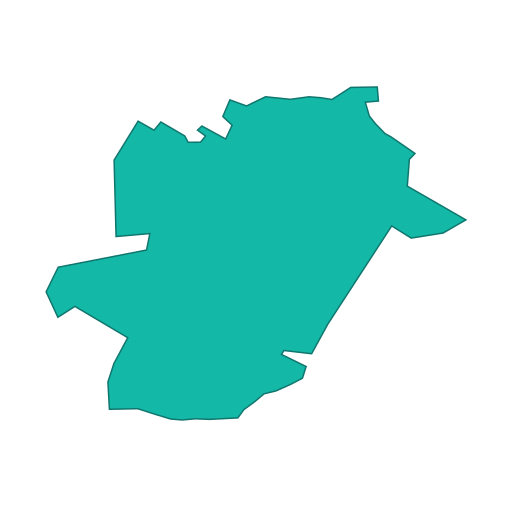 the district of Nam-gu [South District], Busan, South Korea, rotated 85°
{"feature_id": "91817680B11476058556898", "entity_name": "Nam-gu [South District]", "entity_type": "district", "adm_level": 2, "iso_a3": "KOR", "parent_name": "South Korea", "parent_adm1": "Busan", "projection": "mercator", "projection_center": [129.093, 35.125], "detail": "fine", "context": "isolated", "style": "filled", "palette": "teal", "viewbox_px": 512, "rotation_deg": 85, "n_neighbors": 0, "source": "geoboundaries", "source_scale": "gbopen_adm2", "svg_char_len": 963}
<svg xmlns="http://www.w3.org/2000/svg" viewBox="0 0 512 512"><g transform="rotate(85 256 256)"><path d="M238.3,43.8L199.6,99.2L173.1,94.8L167.7,88.7L149.1,111.1L145.3,116.8L134.9,125.3L126.5,130.9L112.3,133.7L112.3,120.5L98.2,120.5L96.3,146.9L106.7,166.7L105.4,171.8L103.9,178.0L102.0,189.3L102.9,208.2L98.2,232.6L105.7,252.4L98.2,268.4L114.2,276.9L123.6,268.4L136.8,276.0L121.8,298.6L125.5,303.3L132.1,295.8L137.8,301.4L136.8,313.7L130.2,316.5L114.2,339.1L121.8,346.6L111.4,361.7L148.1,389.0L224.4,393.7L224.4,359.8L240.5,364.5L249.9,454.0L273.4,468.2L299.8,458.7L290.4,440.8L326.2,390.9L350.7,406.9L368.6,414.5L395.9,415.4L396.8,402.2L397.8,387.2L405.3,369.3L411.0,355.1L412.9,343.8L412.9,330.6L414.7,316.5L415.7,288.2L408.1,281.6L400.6,269.4L394.0,260.0L392.1,247.7L386.5,231.7L381.8,220.4L370.5,215.7L356.3,239.2L352.6,236.4L358.2,209.1L330.0,190.3L237.9,118.2L251.7,99.8L249.4,67.6L238.3,43.8Z" fill="#14b8a6" stroke="#0f766e" stroke-width="1.5"/></g></svg>